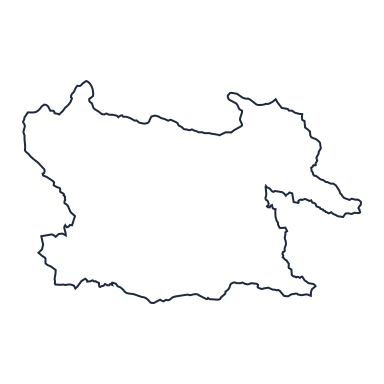 Mu Cang Chai, Yên Bái, Vietnam
{"feature_id": "81297802B12607058922832", "entity_name": "Mu Cang Chai", "entity_type": "district", "adm_level": 2, "iso_a3": "VNM", "parent_name": "Vietnam", "parent_adm1": "Yên Bái", "projection": "orthographic", "projection_center": [104.163, 21.805], "detail": "fine", "context": "isolated", "style": "outline", "palette": "slate", "viewbox_px": 384, "rotation_deg": 0, "n_neighbors": 0, "source": "geoboundaries", "source_scale": "gbopen_adm2", "svg_char_len": 5949}
<svg xmlns="http://www.w3.org/2000/svg" viewBox="0 0 384 384"><path d="M320.8,148.3L320.0,142.9L319.2,141.8L316.3,139.3L312.1,137.7L310.9,136.7L310.2,134.9L310.0,131.6L307.8,129.5L305.1,127.5L304.5,121.0L302.4,120.0L302.1,119.1L301.9,116.9L302.2,114.1L299.3,113.9L294.6,112.6L292.3,110.8L288.8,110.5L287.8,109.0L281.7,107.9L277.4,102.3L275.7,99.2L272.6,101.8L269.5,103.5L267.3,104.0L265.8,103.8L264.2,104.5L261.8,104.9L258.0,105.0L256.3,104.4L250.2,99.6L248.0,98.6L245.8,98.7L242.8,97.8L237.0,93.8L231.4,92.8L230.0,93.1L227.8,95.5L227.8,97.1L228.5,99.0L229.7,100.0L236.0,103.3L237.2,104.6L239.3,109.1L242.1,110.8L242.0,112.4L240.1,118.3L240.0,119.9L241.9,124.1L242.1,125.1L241.8,125.7L240.9,126.4L234.2,130.1L231.0,132.6L230.0,132.3L225.6,132.3L219.4,135.3L217.8,134.7L210.7,133.6L209.6,133.1L204.6,133.1L201.9,132.2L198.7,132.3L196.5,131.2L194.2,130.6L191.9,129.4L190.4,130.1L188.6,130.1L186.4,129.4L184.4,129.3L183.6,128.9L182.0,127.2L178.5,125.4L177.7,123.3L176.1,122.2L171.0,119.9L169.9,119.9L168.6,120.6L167.9,120.6L164.9,119.1L161.2,118.1L158.3,116.4L154.9,115.6L151.5,116.5L150.0,119.2L149.2,121.4L148.2,122.5L147.6,123.0L144.3,123.7L139.3,122.7L136.4,120.4L134.8,120.7L130.2,118.1L126.5,116.8L123.1,116.7L122.1,115.3L120.1,115.8L118.3,117.2L116.9,115.7L112.3,114.7L109.5,114.8L106.1,113.5L104.6,114.4L101.9,114.2L98.6,111.5L95.2,109.5L93.6,108.2L91.8,103.2L90.0,102.0L89.3,100.9L89.2,99.0L92.9,96.2L93.1,95.7L93.2,93.1L92.7,89.4L91.6,86.4L89.9,83.6L87.9,81.8L86.2,81.0L82.7,83.4L80.7,85.6L79.7,86.0L77.3,85.8L77.0,86.2L75.6,88.1L74.0,91.8L71.9,94.0L71.2,95.4L70.9,97.2L71.9,98.1L71.9,98.6L70.3,102.4L67.9,105.4L64.9,108.0L63.0,110.8L59.1,114.5L58.0,113.9L54.5,113.2L54.2,111.4L53.5,110.8L50.3,110.7L48.1,106.4L46.3,105.0L44.3,104.6L41.9,106.2L39.6,109.2L37.9,110.8L35.9,112.0L33.0,112.5L27.9,112.4L24.4,117.6L24.2,119.4L23.0,121.9L24.4,124.4L24.9,126.2L23.6,130.8L23.4,132.3L24.5,135.4L24.5,139.1L25.2,146.8L24.9,150.4L26.0,151.9L29.0,154.4L29.8,155.7L33.5,159.1L38.2,162.8L44.0,169.0L44.5,170.0L44.6,171.3L44.0,173.2L42.6,173.6L43.1,175.5L46.6,176.9L52.7,180.9L54.1,182.3L53.7,185.3L56.8,187.1L58.6,187.6L59.9,188.3L60.2,189.1L60.2,191.8L63.7,193.8L63.9,194.4L63.6,195.4L64.5,196.0L65.1,196.9L64.8,198.6L65.3,199.9L64.5,201.1L64.5,203.2L66.4,204.3L67.9,205.9L70.1,211.1L71.0,212.5L75.0,216.1L72.0,225.3L69.9,225.0L68.8,226.4L67.5,227.2L66.8,227.2L66.1,226.2L65.4,226.3L65.1,225.4L64.4,226.6L64.2,227.7L65.6,233.1L65.8,235.4L62.5,233.6L58.7,234.0L55.7,236.8L53.8,235.3L51.9,234.4L41.3,236.2L43.1,244.5L42.1,249.2L38.5,252.8L42.4,256.1L45.0,257.7L45.5,258.8L45.5,263.2L46.3,264.2L47.7,265.1L50.8,266.4L55.7,270.0L55.5,273.7L54.6,278.8L55.0,281.5L54.9,283.6L55.4,284.5L60.5,284.8L63.3,284.6L65.7,285.0L68.1,284.5L70.8,284.5L74.0,285.7L75.3,288.5L77.0,287.1L81.5,281.0L85.3,278.7L87.1,280.4L87.2,281.6L90.8,281.2L92.4,280.3L94.3,281.5L95.5,281.2L97.5,282.4L98.7,282.7L99.0,283.0L99.0,285.0L99.4,286.6L100.2,287.0L101.3,286.3L103.6,285.7L105.0,284.0L107.3,285.3L109.1,285.3L110.2,284.0L112.2,284.9L111.7,283.4L112.1,282.7L112.7,282.7L116.0,283.8L117.6,286.2L120.5,287.4L123.6,290.1L124.1,291.1L126.2,292.8L128.0,293.4L133.5,294.1L141.3,296.8L144.3,297.4L146.3,298.4L148.5,300.3L150.4,302.5L151.7,302.9L153.8,303.0L160.1,299.7L161.3,300.5L163.5,301.3L166.0,299.9L168.0,300.3L169.9,299.6L172.5,297.4L175.2,296.5L187.4,294.6L190.3,295.2L193.3,294.4L195.8,294.1L197.9,294.5L199.5,295.6L206.1,298.9L207.0,299.1L208.0,297.9L209.3,299.1L218.1,299.7L220.0,299.1L221.2,297.2L224.9,294.1L225.4,293.1L225.4,291.8L228.2,289.5L229.4,287.7L230.6,284.2L232.6,282.8L234.9,282.4L236.4,283.1L239.2,283.2L240.5,283.2L242.6,282.5L244.6,283.7L247.3,284.3L248.7,284.2L251.1,283.2L256.9,283.8L258.0,284.8L258.1,285.6L257.5,286.6L257.7,287.1L258.5,287.8L261.0,288.8L262.1,289.0L263.8,288.4L268.3,287.7L272.9,289.7L274.3,289.6L276.8,290.3L278.5,290.0L280.0,291.1L284.0,295.9L287.2,296.3L288.3,296.2L291.2,294.4L295.8,293.6L297.2,293.7L298.2,294.6L301.6,295.2L306.0,294.4L307.8,294.6L310.8,295.8L311.0,292.2L311.5,290.3L312.3,288.9L315.5,286.3L315.0,285.3L313.4,284.0L308.6,283.2L304.5,280.2L302.3,276.7L301.5,276.7L299.9,277.9L298.5,277.0L297.0,276.8L296.2,277.4L294.5,276.4L293.4,276.4L291.8,275.0L291.4,269.5L288.9,268.0L288.6,267.4L288.8,263.6L286.7,261.0L286.7,260.5L284.6,259.3L283.9,258.2L282.7,257.3L283.1,256.6L283.2,255.4L282.4,253.8L283.0,252.0L283.8,251.9L284.8,250.9L284.5,249.4L284.7,248.0L286.0,244.4L285.7,241.0L284.8,238.5L284.8,237.0L285.5,234.3L285.3,232.9L285.4,232.3L287.1,231.1L285.4,227.7L280.1,228.0L279.4,227.5L278.0,224.3L277.9,222.4L276.7,221.0L275.5,216.7L275.3,210.6L275.6,209.2L273.8,208.9L272.7,208.1L272.0,205.1L271.1,205.4L270.0,206.6L269.8,207.3L268.0,207.3L267.0,206.3L268.3,205.2L268.6,203.5L267.9,201.3L267.0,200.3L265.9,199.8L265.5,198.6L265.5,197.4L266.0,196.5L266.3,194.0L265.6,186.9L265.9,186.0L266.6,187.1L269.5,188.4L272.1,191.3L273.5,191.9L274.8,191.0L282.1,192.1L284.0,193.4L285.8,195.7L286.3,194.8L287.9,194.0L289.4,192.5L292.2,193.4L293.7,202.1L298.4,202.9L298.7,202.4L298.4,201.0L299.2,200.2L300.9,199.5L301.9,200.0L305.1,198.9L309.5,201.0L311.2,200.3L312.3,202.6L314.2,203.0L315.5,203.9L316.5,206.4L319.9,207.6L320.4,208.8L323.1,209.6L323.3,210.5L324.9,210.9L325.6,212.0L326.6,212.1L328.7,213.4L331.3,212.2L332.8,213.7L336.5,215.4L337.7,216.2L343.1,217.0L345.3,213.8L346.1,213.4L348.2,213.3L351.8,214.0L354.4,212.7L358.7,213.1L359.8,212.7L360.2,211.9L359.5,210.7L359.5,209.6L358.5,208.5L358.5,207.8L359.1,206.7L360.7,204.9L361.0,202.4L360.8,201.8L359.3,200.4L357.7,199.6L355.5,199.7L351.7,198.7L349.5,199.9L344.2,198.0L342.5,196.3L341.5,194.5L340.2,193.4L339.4,190.8L335.9,185.4L333.2,183.6L330.9,183.7L327.4,182.1L325.8,182.0L323.3,180.1L320.6,179.4L316.0,175.9L314.4,175.8L313.2,174.5L312.8,172.4L311.7,171.1L311.2,167.7L312.8,166.6L312.9,165.9L313.5,165.2L315.1,165.4L315.7,165.2L315.6,163.4L317.2,160.7L316.5,158.1L316.6,157.3L318.6,153.7L318.7,152.0L320.8,148.3Z" fill="none" stroke="#1e293b" stroke-width="2"/></svg>